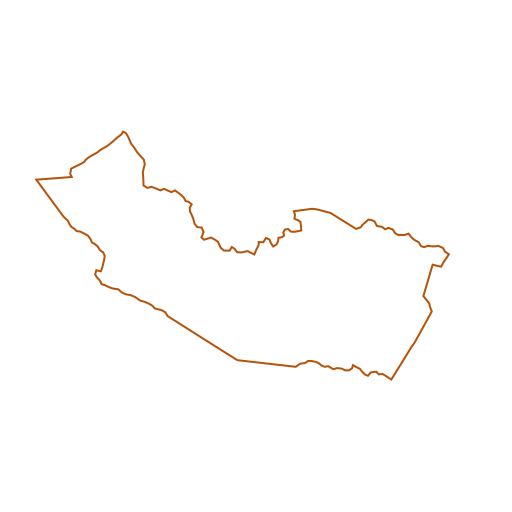 the district of Riachão do Dantas, Sergipe, Brazil, rotated 341°
{"feature_id": "56859067B70270123986281", "entity_name": "Riachão do Dantas", "entity_type": "district", "adm_level": 2, "iso_a3": "BRA", "parent_name": "Brazil", "parent_adm1": "Sergipe", "projection": "mercator", "projection_center": [-37.805, -11.019], "detail": "fine", "context": "isolated", "style": "outline", "palette": "amber", "viewbox_px": 512, "rotation_deg": 341, "n_neighbors": 0, "source": "geoboundaries", "source_scale": "gbopen_adm2", "svg_char_len": 2802}
<svg xmlns="http://www.w3.org/2000/svg" viewBox="0 0 512 512"><g transform="rotate(341 256 256)"><path d="M431.9,306.0L426.5,304.6L421.8,302.4L417.7,302.3L415.3,300.4L414.4,296.1L411.1,292.5L409.0,288.8L407.5,284.5L403.0,284.5L400.1,283.3L397.4,282.4L394.9,279.7L393.9,275.4L390.3,272.5L386.9,272.8L384.5,269.3L380.2,267.1L379.3,261.9L377.1,259.7L374.1,258.2L369.8,260.0L366.9,261.1L364.2,263.0L359.4,262.9L340.5,239.6L336.4,236.8L329.9,232.5L327.2,230.9L324.3,229.6L306.4,226.0L306.3,229.7L304.5,233.3L307.3,235.8L309.1,238.2L308.1,243.2L307.1,246.6L304.1,246.2L300.8,245.8L297.1,244.5L295.1,240.9L292.0,240.4L289.5,242.5L289.2,245.8L286.5,246.7L283.2,246.1L281.8,249.0L279.3,251.7L275.3,252.6L274.3,248.8L274.1,244.8L271.3,242.2L267.3,245.4L263.1,243.7L262.0,246.6L258.2,250.3L254.9,254.0L252.3,251.5L249.7,248.6L243.3,247.9L239.3,246.2L238.2,242.5L236.1,239.6L232.8,242.3L227.5,240.4L225.4,236.9L225.0,233.8L224.6,230.0L222.1,226.8L219.5,223.9L215.6,223.8L212.2,223.7L210.4,220.7L214.3,216.3L213.9,211.5L209.8,209.5L208.5,205.6L208.8,199.8L208.5,195.4L208.1,192.4L209.0,188.9L212.0,186.2L209.9,182.8L207.3,181.2L206.8,177.5L205.3,174.4L203.3,171.3L200.8,167.6L196.9,168.1L194.3,165.8L190.9,162.6L186.9,162.8L183.3,159.5L179.7,156.6L175.5,156.3L172.6,152.7L174.0,148.3L175.2,144.0L176.2,140.1L178.4,136.4L180.7,133.1L181.3,128.3L178.9,123.0L177.3,118.9L176.2,114.0L174.5,109.4L174.2,105.0L173.9,101.4L173.1,97.7L170.8,95.1L168.2,97.3L165.3,98.2L162.4,99.2L158.3,101.0L155.0,102.2L151.3,103.5L147.4,104.3L143.6,105.0L139.1,106.6L133.9,107.4L129.7,108.4L126.7,109.4L124.3,111.1L120.9,111.8L115.4,112.5L109.7,113.2L107.0,117.9L107.5,121.3L73.1,112.3L86.4,154.8L87.6,157.8L89.5,161.1L90.0,164.8L90.8,168.1L93.0,171.1L94.6,174.1L97.8,175.7L100.5,178.5L103.7,182.0L105.1,186.5L105.2,189.7L107.3,192.0L109.5,195.5L110.3,199.5L112.7,202.9L113.0,206.6L111.1,210.3L108.9,213.7L106.9,216.8L104.3,220.0L100.4,217.5L97.9,221.1L98.7,224.6L100.4,228.3L100.8,232.3L103.7,234.5L106.8,237.5L110.0,240.1L115.0,242.7L117.3,246.9L120.7,250.0L124.6,252.1L128.4,255.5L131.9,260.4L136.2,263.4L139.6,266.6L141.9,269.4L143.3,272.7L146.2,274.6L149.2,276.6L151.9,279.6L152.9,284.1L180.4,318.5L187.2,327.0L204.4,348.4L257.5,373.7L262.9,372.2L267.5,373.2L271.1,372.2L274.6,373.5L278.4,375.8L280.8,378.3L282.2,380.8L284.8,383.1L288.4,383.7L292.3,388.2L296.2,388.4L300.4,390.4L303.0,393.1L306.7,394.4L310.2,393.5L312.2,390.8L314.6,393.6L317.5,396.5L318.8,400.2L320.6,403.8L322.9,405.7L326.6,403.4L332.0,404.5L333.7,408.0L337.2,408.7L339.4,411.3L341.5,414.0L343.7,416.9L354.5,408.1L373.7,392.4L377.9,389.4L404.1,365.7L404.0,360.5L404.4,357.1L401.2,348.4L420.2,321.7L423.8,324.1L427.6,326.4L430.9,323.3L434.0,320.9L436.4,319.2L438.9,317.1L436.1,313.4L435.4,309.3L431.9,306.0Z" fill="none" stroke="#b45309" stroke-width="2"/></g></svg>